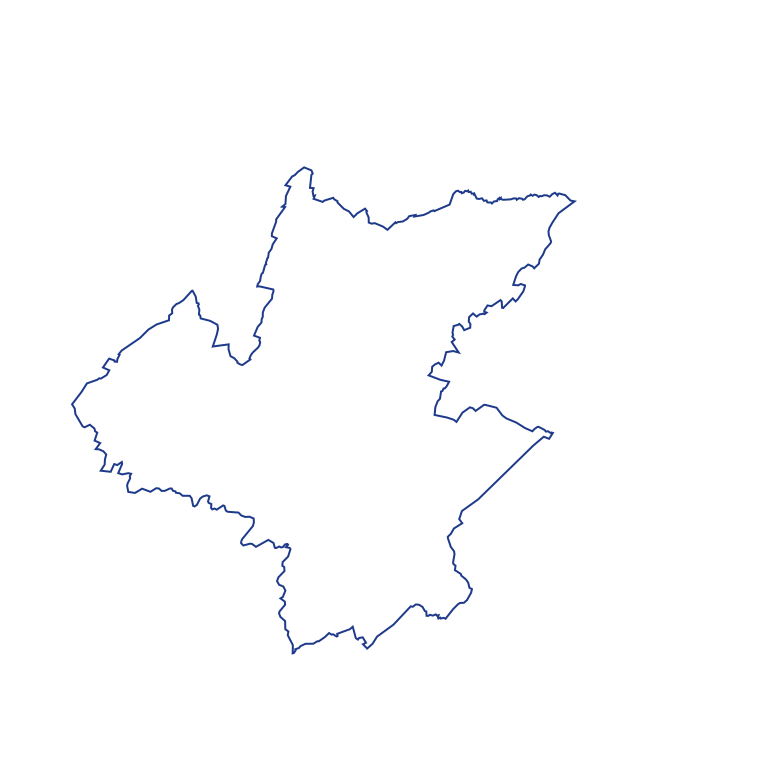 the district of Makarfi, Kaduna, Nigeria, rotated 46°
{"feature_id": "59680162B77220990792423", "entity_name": "Makarfi", "entity_type": "district", "adm_level": 2, "iso_a3": "NGA", "parent_name": "Nigeria", "parent_adm1": "Kaduna", "projection": "equal_earth", "projection_center": [7.915, 11.329], "detail": "fine", "context": "isolated", "style": "outline", "palette": "blue", "viewbox_px": 768, "rotation_deg": 46, "n_neighbors": 0, "source": "geoboundaries", "source_scale": "gbopen_adm2", "svg_char_len": 6165}
<svg xmlns="http://www.w3.org/2000/svg" viewBox="0 0 768 768"><g transform="rotate(46 384 384)"><path d="M219.8,624.1L223.7,631.5L229.3,629.2L230.6,636.6L233.0,634.4L237.5,632.6L241.8,632.8L244.3,637.0L247.9,640.9L249.6,648.0L257.3,641.6L254.2,633.7L257.0,632.2L258.0,626.8L259.6,627.9L263.5,637.1L267.2,635.1L270.5,629.9L272.9,628.3L273.7,630.9L275.5,632.1L277.5,637.7L278.9,639.6L284.0,642.9L289.4,638.8L291.3,630.7L299.3,626.9L300.7,620.3L302.8,618.5L306.5,618.2L308.7,615.7L310.4,610.6L311.8,609.3L314.1,610.0L316.4,608.6L317.7,609.2L320.7,606.9L324.6,606.5L329.5,601.4L332.6,601.8L339.0,605.9L340.4,605.4L341.0,602.7L338.7,595.9L339.0,592.7L341.0,588.8L343.6,587.6L346.3,592.2L347.7,592.7L350.4,591.6L353.1,594.5L354.9,594.6L355.9,592.4L358.2,591.6L359.6,584.1L360.8,583.5L365.2,585.7L367.3,585.2L375.4,578.0L379.4,578.0L383.2,576.2L386.1,572.9L390.2,571.2L393.1,573.6L395.1,577.0L397.1,593.9L398.0,595.9L399.3,597.4L402.5,597.3L405.8,591.3L407.4,590.0L412.2,589.2L415.8,575.5L421.6,573.9L426.0,576.3L427.0,575.7L428.1,572.3L430.1,571.5L431.0,570.1L430.7,566.5L432.0,564.6L433.0,564.7L433.2,567.9L436.5,565.7L437.8,566.0L441.5,572.8L441.7,580.6L444.1,583.4L446.3,582.9L449.4,585.5L449.7,594.2L451.5,597.9L455.6,598.9L459.7,597.1L464.1,598.4L466.9,604.6L466.3,607.4L471.6,606.5L474.1,608.5L475.0,617.0L475.9,618.7L479.5,620.3L485.8,619.8L491.8,625.3L495.6,624.7L497.8,627.7L508.6,631.0L514.3,636.8L514.9,635.6L514.1,632.4L513.2,632.1L514.8,628.5L514.5,626.3L516.3,621.0L521.7,615.3L522.8,610.5L523.8,609.6L525.0,602.3L525.0,596.5L527.7,595.9L528.8,594.4L532.7,593.5L533.0,592.4L531.2,591.2L536.7,578.8L536.9,575.1L547.2,580.8L549.7,580.3L549.4,578.3L551.5,575.3L557.6,576.7L556.6,579.9L562.6,579.9L562.9,572.7L560.9,564.5L563.7,544.4L562.5,519.2L564.2,518.1L564.7,514.2L567.2,512.1L571.2,511.2L575.7,512.3L577.0,511.6L580.3,514.4L581.6,513.2L581.9,511.3L584.6,509.7L585.7,506.8L587.3,506.9L588.2,505.3L589.2,507.1L590.5,507.8L591.1,505.9L592.1,506.1L593.7,503.5L595.6,502.8L594.0,490.9L593.8,483.8L594.3,481.5L596.9,478.5L597.1,474.4L594.6,466.2L592.6,463.2L590.0,464.1L585.3,461.4L581.5,460.8L575.5,461.5L574.0,460.7L567.2,462.3L564.4,458.8L561.7,459.1L560.3,458.2L555.4,451.5L553.0,449.8L547.6,449.1L539.4,445.2L538.2,444.2L538.2,440.0L536.5,434.1L538.5,424.4L533.5,423.8L529.5,416.2L532.4,396.4L532.0,319.4L532.9,305.7L538.1,303.3L536.5,296.5L535.3,297.2L535.2,298.1L531.9,298.9L530.7,300.6L528.7,300.4L522.2,302.5L521.5,303.4L520.9,306.8L521.1,310.1L513.5,313.2L503.7,315.6L493.7,319.9L488.8,320.7L479.3,319.5L469.9,325.3L468.5,326.4L467.0,336.8L463.2,336.9L460.5,338.4L459.1,347.4L461.6,358.2L458.1,358.7L452.0,361.9L441.4,369.1L436.3,363.1L433.7,357.5L433.5,354.0L429.0,348.1L429.6,346.9L428.6,344.2L429.4,343.3L429.2,340.7L427.6,335.6L420.2,340.5L408.8,345.9L408.4,341.1L405.1,337.4L405.3,333.8L406.6,329.9L410.7,329.8L408.9,324.6L404.3,317.2L408.4,311.3L413.3,308.4L400.8,306.1L401.1,302.3L397.3,301.9L396.7,300.3L394.6,299.0L390.7,293.6L393.0,289.4L393.0,288.2L396.9,287.8L401.0,288.9L402.3,285.6L403.4,282.9L401.0,280.3L397.9,279.6L395.0,276.3L395.1,271.0L399.9,270.5L400.3,267.0L402.3,263.9L403.6,263.2L403.9,260.6L401.6,261.7L400.7,260.7L399.4,255.0L402.7,252.6L404.6,241.9L406.4,242.0L411.2,246.1L412.1,245.5L411.9,231.9L416.0,232.0L416.0,229.0L414.1,219.3L411.6,214.7L411.0,214.1L407.0,216.2L406.3,218.9L402.5,222.2L398.3,214.3L396.7,209.7L396.5,204.9L397.9,202.0L398.2,197.3L402.7,195.4L405.1,195.6L405.1,188.9L402.6,185.7L401.4,179.7L399.1,174.6L398.4,166.4L397.6,164.8L391.4,162.0L388.5,159.7L386.6,156.4L385.0,151.2L382.4,139.8L385.0,120.0L381.6,122.4L374.1,122.4L368.5,125.8L368.2,126.7L368.9,128.2L365.3,128.1L364.3,131.0L364.4,134.7L361.5,135.8L359.4,137.7L358.5,140.1L357.1,141.2L356.9,142.8L354.2,143.0L352.3,144.2L351.8,146.4L349.6,146.9L349.8,148.1L348.6,150.4L348.8,154.7L347.9,156.1L346.8,155.9L344.1,157.8L343.7,160.5L342.3,160.1L340.6,161.7L339.2,164.6L334.2,170.4L332.3,171.4L331.3,170.7L331.3,172.4L330.3,171.9L330.1,174.0L331.0,175.5L329.1,178.0L329.1,181.0L327.7,181.0L325.2,183.5L323.2,182.7L321.6,184.9L318.5,184.5L316.9,187.1L315.0,188.5L309.9,186.8L310.0,187.7L309.0,187.4L308.0,188.7L305.9,188.1L304.8,189.7L303.3,189.1L303.2,190.3L301.4,191.5L301.7,193.7L300.7,195.6L299.6,195.0L298.4,196.2L296.5,196.4L295.4,198.1L295.5,202.2L300.5,212.2L294.6,227.7L293.6,227.7L292.0,231.0L292.0,232.3L289.9,238.2L284.7,245.7L284.2,244.1L280.8,249.2L281.3,252.5L280.2,257.5L277.2,261.5L276.7,263.6L275.6,263.5L275.5,274.4L270.0,275.4L261.9,278.9L260.1,281.5L257.3,282.8L253.6,279.4L248.7,277.6L247.7,276.9L247.8,276.1L244.7,275.8L242.7,284.6L242.8,289.9L235.5,289.3L230.2,291.2L221.3,291.4L220.1,290.5L216.7,291.5L214.8,291.2L210.7,299.3L210.4,301.6L201.9,306.0L200.4,302.8L199.7,304.1L196.0,301.7L194.2,298.6L191.5,301.0L183.1,290.9L183.1,289.1L179.9,287.8L172.7,291.0L171.6,298.8L171.8,303.0L170.9,306.0L172.6,316.8L177.0,314.3L180.7,324.0L186.1,329.9L185.7,334.1L188.0,332.3L190.7,347.3L192.3,348.8L197.8,360.0L199.8,362.0L204.7,360.0L206.3,367.1L208.6,371.0L209.5,375.7L212.6,379.7L212.5,380.6L215.1,385.2L216.1,385.5L215.9,387.1L219.9,393.8L219.7,395.2L220.8,397.5L223.8,401.6L224.5,405.5L225.8,407.5L227.2,405.8L239.1,398.0L240.6,399.1L242.2,402.3L244.8,405.3L246.2,416.9L248.4,421.5L251.5,424.6L252.4,427.0L254.7,429.5L255.2,435.2L258.9,443.9L264.6,441.1L266.1,443.5L267.9,444.0L269.7,446.7L270.3,449.4L270.2,456.5L270.8,459.9L272.2,463.1L273.5,463.1L272.0,472.7L270.1,473.8L267.0,474.7L266.0,473.9L261.4,473.8L257.4,475.1L251.0,471.7L247.6,468.2L238.1,481.1L232.1,469.6L228.9,464.9L225.6,462.7L217.8,465.2L209.5,470.3L207.0,468.6L205.5,468.9L202.3,465.2L198.4,463.5L198.2,462.0L197.1,461.4L195.6,462.4L190.3,458.7L183.9,456.9L183.5,457.6L184.3,470.2L183.3,475.5L182.3,477.6L182.3,482.6L183.2,484.8L186.0,487.2L185.5,491.0L188.8,494.4L183.2,506.2L181.2,515.6L181.4,527.6L177.7,549.5L178.3,554.2L179.3,553.9L180.8,558.3L182.6,560.6L180.7,562.2L179.9,561.5L174.8,564.1L176.9,574.7L183.3,572.1L184.9,577.3L183.4,584.0L182.0,585.0L181.8,587.3L177.2,597.3L179.6,607.1L181.9,622.5L186.8,623.5L191.3,626.9L205.1,630.2L207.1,629.5L209.0,623.9L214.9,623.2L217.2,624.6L219.8,624.1Z" fill="none" stroke="#1e3a8a" stroke-width="2"/></g></svg>